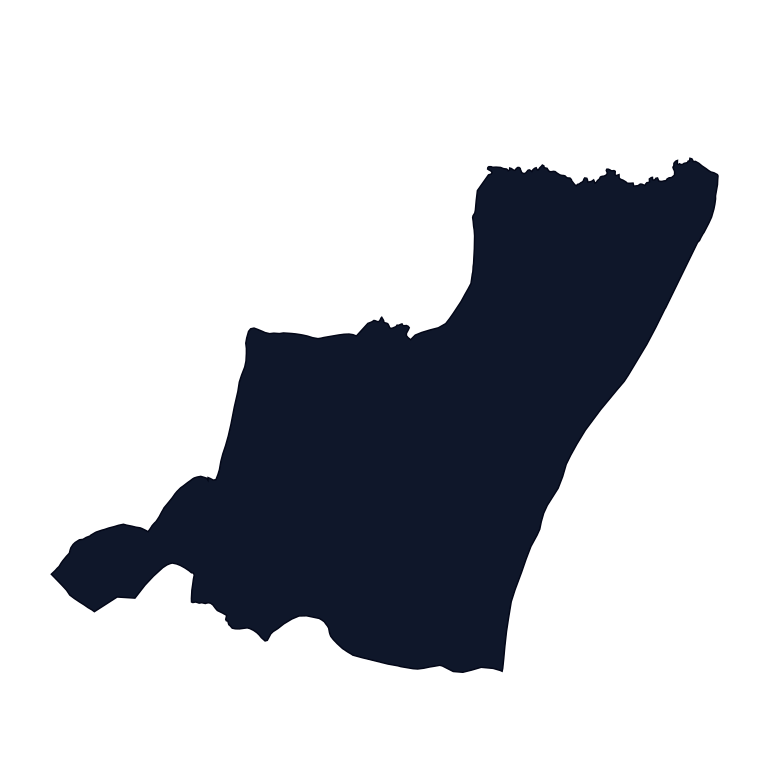 the district of Odongk, Kâmpóng Spœ, Cambodia, rotated 10°
{"feature_id": "14789045B64989528784016", "entity_name": "Odongk", "entity_type": "district", "adm_level": 2, "iso_a3": "KHM", "parent_name": "Cambodia", "parent_adm1": "Kâmpóng Spœ", "projection": "robinson", "projection_center": [104.6, 11.691], "detail": "fine", "context": "isolated", "style": "filled", "palette": "ink", "viewbox_px": 768, "rotation_deg": 10, "n_neighbors": 0, "source": "geoboundaries", "source_scale": "gbopen_adm2", "svg_char_len": 6164}
<svg xmlns="http://www.w3.org/2000/svg" viewBox="0 0 768 768"><g transform="rotate(10 384 384)"><path d="M450.6,159.9L442.4,177.3L443.0,187.6L443.8,197.0L443.7,199.9L442.5,202.8L442.4,204.7L443.6,208.4L444.8,212.9L446.1,216.7L447.5,222.4L448.1,226.3L449.5,235.2L451.3,249.8L451.4,252.9L451.8,256.0L452.0,258.3L451.9,260.3L452.2,269.9L450.4,275.5L448.4,281.1L445.6,289.4L440.0,302.3L437.2,308.3L434.3,313.8L427.8,319.2L419.9,322.8L412.2,326.7L406.3,330.4L404.1,333.5L402.6,335.8L399.5,334.1L397.6,332.4L397.3,330.1L398.5,326.5L399.1,324.2L397.8,323.0L395.9,322.5L394.3,323.0L392.8,323.2L391.9,322.6L391.3,321.7L390.0,322.4L388.3,323.6L386.6,323.8L385.9,325.4L382.3,327.7L380.9,328.0L379.7,327.5L379.1,326.4L377.6,324.3L376.3,323.7L374.3,323.6L372.7,322.7L372.6,321.5L370.2,318.7L369.6,319.6L368.9,322.2L368.1,323.4L366.8,323.7L364.2,323.2L363.0,323.2L361.5,324.7L360.5,325.4L359.0,326.3L357.6,327.1L348.5,341.5L344.9,340.8L340.9,340.9L335.9,342.0L330.8,343.6L316.6,348.7L314.1,349.8L311.1,350.8L305.7,350.8L300.3,350.1L295.5,349.9L292.9,349.9L288.6,350.0L284.3,350.3L276.1,351.2L272.3,352.5L266.6,353.1L262.6,354.3L257.8,354.0L255.6,353.4L250.2,352.2L246.3,351.5L243.1,352.8L241.5,355.7L240.8,362.5L240.8,367.8L242.3,372.8L243.2,378.0L244.1,385.4L243.9,391.5L242.2,400.1L241.2,407.2L241.4,416.8L240.6,432.5L240.3,450.3L239.7,462.2L238.7,472.2L237.4,480.9L236.8,488.4L236.8,490.9L236.8,497.0L236.2,502.0L235.1,507.4L232.6,508.3L229.5,507.3L227.0,506.7L227.3,509.3L225.8,507.6L223.3,507.2L219.6,506.8L216.1,508.1L213.4,509.5L212.0,510.7L209.8,513.1L207.9,515.0L204.0,519.3L201.8,521.5L198.8,525.8L197.4,528.2L195.1,533.1L191.1,540.3L188.9,544.1L188.3,546.0L187.4,548.4L185.7,553.7L184.3,557.0L183.3,559.2L182.3,560.5L181.4,561.9L180.2,563.9L179.6,565.5L178.5,568.0L177.3,570.4L174.6,569.5L170.8,568.4L168.8,568.0L164.6,568.1L160.3,567.8L154.9,567.7L153.0,567.5L151.7,567.4L147.0,569.3L143.1,571.3L138.0,573.6L133.8,575.9L131.8,576.8L126.8,579.5L125.6,580.3L121.4,583.9L120.8,584.8L117.4,586.8L114.5,589.3L111.1,590.3L107.4,593.7L105.7,596.0L104.1,599.6L103.8,601.6L103.5,605.3L101.2,608.8L98.4,613.8L97.2,616.3L95.7,620.2L94.2,622.2L92.6,624.8L89.4,629.1L101.3,637.7L107.2,642.2L111.2,646.4L116.3,649.0L122.2,651.6L126.9,653.5L131.4,655.6L135.5,657.1L138.3,658.5L158.2,640.1L175.9,638.1L183.5,623.7L190.2,613.4L198.0,603.3L201.7,599.8L204.4,598.1L206.5,597.1L210.9,597.2L214.9,598.0L219.6,599.6L224.4,601.7L227.2,603.3L228.9,603.2L230.3,604.9L230.2,609.4L230.4,613.8L230.6,620.4L231.6,628.7L232.3,632.1L233.7,632.4L236.3,631.4L238.2,631.6L240.0,631.9L242.5,631.0L246.2,631.2L247.2,630.6L249.2,629.9L251.3,630.0L253.8,631.2L257.1,634.3L259.2,636.0L264.8,637.6L266.4,638.2L268.0,638.7L269.2,639.3L269.0,643.3L269.8,644.5L271.5,644.7L272.1,646.2L273.0,648.0L274.2,648.6L276.9,650.8L280.0,650.9L284.0,650.3L291.6,647.9L294.3,648.1L298.4,649.3L302.0,651.0L304.8,652.9L307.3,655.1L311.5,657.7L313.6,656.7L315.9,649.7L317.8,647.1L321.9,643.3L327.0,637.6L334.1,631.4L340.6,627.2L348.0,625.7L360.9,626.1L363.8,627.2L366.5,628.5L368.4,630.4L370.4,632.2L371.9,634.0L373.5,638.3L374.3,639.9L375.4,641.7L378.5,644.5L383.0,647.8L389.1,651.7L394.8,654.2L399.1,655.8L400.3,656.4L410.0,657.3L436.5,659.1L446.6,659.1L449.7,659.4L462.0,659.3L466.7,658.8L472.5,657.0L478.2,654.7L482.3,653.3L487.8,651.3L490.4,651.5L502.1,655.1L511.7,654.2L520.0,650.5L528.9,646.1L540.9,645.1L548.2,645.9L550.2,646.4L550.3,643.5L549.6,633.6L548.6,621.8L547.6,606.4L547.3,593.7L547.1,576.3L548.8,563.7L552.2,545.2L554.3,531.9L556.9,518.4L561.0,506.2L562.6,499.9L562.8,492.3L563.7,483.5L565.9,475.1L573.6,456.4L576.0,444.2L577.4,431.4L580.2,421.8L584.4,409.6L590.3,394.5L601.7,371.8L614.7,348.9L620.1,339.7L623.1,332.7L627.3,321.8L636.0,299.1L641.9,280.8L647.6,261.3L648.1,260.2L668.2,190.2L669.8,187.8L670.7,184.6L672.1,180.6L672.8,179.2L675.9,169.3L677.6,162.8L678.5,154.3L678.6,149.3L678.4,144.2L677.8,141.1L677.8,129.8L677.1,124.4L676.8,121.1L676.0,119.9L672.3,118.7L669.0,118.4L666.3,117.3L663.6,115.9L659.5,114.1L655.6,111.9L652.0,110.7L649.9,111.3L649.3,110.2L648.1,108.8L646.1,108.6L646.1,111.5L644.9,111.6L644.4,113.1L643.5,113.7L641.2,114.6L640.1,115.8L638.2,116.4L636.9,115.8L635.7,116.7L634.7,116.5L634.5,115.2L634.2,112.9L632.9,113.6L631.5,115.5L631.2,116.6L631.4,117.6L631.5,118.9L630.9,120.3L631.7,121.9L632.7,123.2L633.4,124.6L633.8,127.8L633.1,128.7L631.3,130.8L629.0,131.4L627.2,132.9L626.9,134.0L626.0,135.0L624.6,135.3L622.6,136.2L620.6,136.5L619.2,136.2L617.6,133.6L616.0,134.2L615.3,135.8L614.1,136.4L613.1,136.1L612.5,133.9L611.4,134.3L609.7,136.0L610.4,138.8L609.5,139.6L607.9,140.1L607.2,141.2L606.3,143.2L603.6,142.5L602.1,142.5L600.9,143.2L600.1,144.4L595.6,145.8L594.4,142.9L592.4,143.4L590.0,143.9L588.4,143.9L587.2,143.0L583.8,141.7L582.5,141.5L581.2,141.2L579.8,140.2L579.1,137.0L576.4,138.5L575.1,137.6L575.0,135.9L574.8,134.4L573.4,133.9L571.8,134.4L570.7,134.5L569.1,133.8L567.4,133.5L566.1,133.8L565.8,135.0L566.6,136.4L567.4,137.4L566.7,139.4L565.3,140.6L564.2,141.2L563.1,141.5L561.7,142.1L561.0,142.9L560.7,144.5L558.9,146.6L558.1,148.6L556.9,149.5L555.0,146.6L553.2,148.4L551.2,149.3L549.7,149.7L549.3,148.6L548.7,147.2L548.0,146.2L545.9,146.2L545.3,147.5L545.0,149.5L544.1,150.7L542.8,151.7L542.1,152.5L541.0,153.4L539.9,153.8L539.0,155.4L537.7,154.9L536.1,153.6L533.5,151.2L533.0,150.1L531.4,148.9L528.8,149.2L527.4,148.6L526.3,147.7L524.9,147.5L522.8,147.7L520.8,147.5L517.5,146.1L515.7,145.1L514.1,145.1L512.1,145.8L510.3,146.1L509.0,145.3L507.9,144.2L507.2,143.3L505.2,143.2L504.2,143.0L503.5,141.4L501.9,140.9L501.2,142.2L499.8,144.1L499.1,145.8L498.4,146.5L497.5,146.3L496.3,144.6L494.8,145.5L493.5,147.1L492.7,149.1L491.2,148.3L489.9,147.9L488.7,148.5L487.0,151.5L485.5,152.5L484.1,152.3L482.9,151.9L482.1,150.5L481.4,149.7L480.7,148.0L479.3,147.3L478.0,147.6L476.9,148.9L475.9,150.8L474.8,151.0L473.7,150.5L472.0,149.7L470.3,149.5L470.6,151.4L469.3,152.4L468.4,151.6L467.4,151.0L465.2,151.1L463.8,151.1L462.3,150.7L461.1,150.5L457.3,150.9L455.6,151.2L453.5,151.7L451.7,151.4L449.5,151.8L448.7,152.7L448.7,154.3L450.0,154.9L450.9,155.1L452.0,155.6L452.9,156.0L453.7,157.1L453.0,158.7L450.6,159.9Z" fill="#0f172a" stroke="#020617" stroke-width="1.5"/></g></svg>